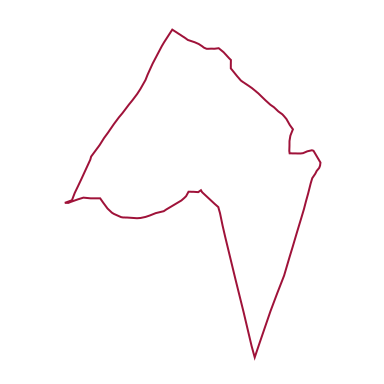 outline of Tikrit, Sala ad-Din, Iraq, rotated 274°
{"feature_id": "34846034B31147654733032", "entity_name": "Tikrit", "entity_type": "district", "adm_level": 2, "iso_a3": "IRQ", "parent_name": "Iraq", "parent_adm1": "Sala ad-Din", "projection": "orthographic", "projection_center": [43.738, 34.759], "detail": "fine", "context": "isolated", "style": "outline", "palette": "rose", "viewbox_px": 384, "rotation_deg": 274, "n_neighbors": 0, "source": "geoboundaries", "source_scale": "gbopen_adm2", "svg_char_len": 1693}
<svg xmlns="http://www.w3.org/2000/svg" viewBox="0 0 384 384"><g transform="rotate(274 192 192)"><path d="M352.6,161.0L339.4,153.7L335.4,151.7L317.4,143.8L305.9,139.5L300.5,137.8L291.1,133.3L286.0,130.5L279.4,126.2L275.0,123.1L265.8,117.1L261.4,113.9L254.4,109.4L247.8,105.5L245.7,104.3L239.7,100.5L232.4,96.6L220.3,88.9L217.2,88.3L213.5,86.9L197.6,80.9L189.4,77.7L182.9,75.1L175.4,72.8L172.3,65.9L172.5,69.4L173.7,71.8L176.7,78.7L178.8,84.1L178.6,91.5L179.3,100.8L175.1,104.2L169.6,108.9L165.8,113.5L164.7,115.6L162.0,123.0L161.8,124.9L162.0,129.5L162.0,135.1L162.0,139.0L162.5,142.5L163.9,147.4L165.6,151.5L168.4,157.3L170.9,165.2L172.8,167.6L182.8,182.0L185.5,184.7L187.4,186.4L192.0,188.5L192.3,193.1L192.3,198.2L194.4,200.8L192.5,202.1L181.6,215.6L178.8,219.3L176.7,220.0L172.9,221.4L160.8,224.8L150.0,228.1L108.7,241.2L75.6,251.9L42.5,262.2L31.4,266.1L40.2,268.4L44.8,269.6L78.6,278.6L96.7,284.0L115.0,289.7L134.1,293.9L144.1,296.2L159.0,299.5L173.5,302.8L182.9,304.9L190.5,306.3L198.3,307.9L208.9,309.8L214.2,311.0L218.8,313.7L221.7,314.9L224.9,317.2L227.2,317.9L230.3,318.1L239.9,311.5L241.6,310.3L242.0,308.7L240.6,304.1L238.5,300.1L238.0,297.6L237.6,290.8L237.4,286.7L239.7,286.2L245.0,286.0L249.6,285.7L255.0,286.2L257.3,286.9L261.6,288.3L265.5,285.0L271.4,281.1L274.1,278.5L275.8,276.7L278.4,272.5L282.3,267.8L284.5,264.1L288.5,259.0L292.2,254.6L295.0,251.3L299.8,244.6L301.9,241.1L305.3,235.1L306.6,233.0L310.6,229.0L318.0,222.1L322.4,221.8L326.4,221.6L328.0,219.7L333.7,213.7L337.3,208.6L336.5,204.6L336.3,200.9L335.9,197.4L335.9,196.5L336.8,193.9L338.2,191.8L340.1,188.4L341.6,184.2L343.4,177.2L345.0,174.7L352.6,161.0Z" fill="none" stroke="#9f1239" stroke-width="2"/></g></svg>